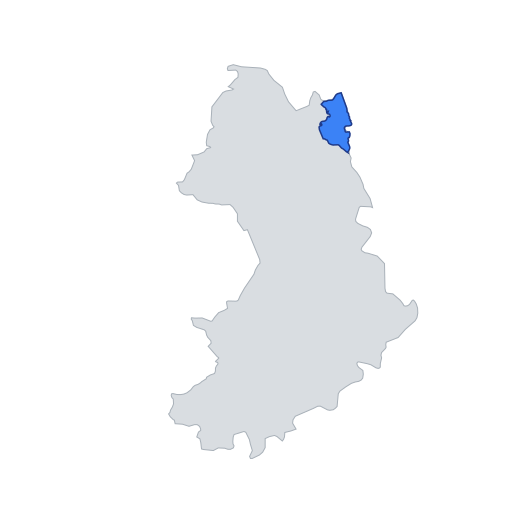 Guinea, with Koundara highlighted, rotated 68°
{"feature_id": "GIN-5646", "entity_name": "Koundara", "entity_type": "Prefecture", "adm_level": 1, "iso_a3": "GIN", "parent_name": "Guinea", "parent_adm1": "", "projection": "mercator", "projection_center": [-13.196, 12.344], "detail": "fine", "context": "in_parent", "style": "filled", "palette": "blue", "viewbox_px": 512, "rotation_deg": 68, "n_neighbors": 0, "source": "natural_earth", "source_scale": "10m", "svg_char_len": 5695}
<svg xmlns="http://www.w3.org/2000/svg" viewBox="0 0 512 512"><g transform="rotate(68 256 256)"><path d="M310.8,331.4L306.9,330.8L305.1,331.6L300.0,337.7L296.9,340.0L292.1,339.3L290.3,339.7L289.1,339.0L290.8,335.7L293.3,329.1L299.6,322.4L299.8,321.0L297.2,317.1L294.5,311.8L294.5,306.1L293.9,302.0L288.3,300.8L287.3,300.2L287.2,298.8L290.3,291.7L290.6,290.2L290.2,288.9L286.7,285.3L281.4,278.6L272.1,264.7L268.7,261.8L265.4,257.6L264.1,254.9L260.7,253.9L228.4,254.1L227.9,257.7L216.8,260.2L209.9,257.4L202.3,259.0L198.6,260.8L195.7,268.9L194.1,270.6L192.5,274.3L191.0,276.2L189.3,280.2L185.7,285.9L181.9,289.5L175.5,291.5L173.5,297.5L172.0,299.7L169.5,301.5L166.8,302.6L161.5,301.4L158.6,302.5L158.1,301.0L159.8,296.3L158.4,293.8L153.4,288.9L152.9,286.6L151.3,283.5L144.6,277.2L138.4,277.6L140.2,272.3L140.1,265.2L138.0,261.4L138.5,257.5L137.3,257.7L135.3,260.4L131.9,259.5L125.1,255.4L121.7,251.3L121.3,247.8L120.5,246.5L118.5,247.2L114.2,247.2L101.2,241.0L92.0,225.5L91.8,222.0L93.1,216.0L92.8,214.3L88.6,218.3L87.8,215.7L84.5,209.4L83.6,205.8L80.5,204.3L78.0,204.0L76.0,205.2L73.5,212.5L71.6,212.4L69.7,210.8L70.1,205.4L75.1,198.6L83.4,181.4L86.4,177.5L88.3,176.1L92.2,175.9L99.9,173.6L109.4,168.3L116.6,168.7L125.2,168.1L136.3,164.4L136.4,152.8L136.1,150.2L132.1,147.9L129.8,145.9L127.8,143.3L125.4,141.5L125.5,139.6L130.4,137.1L135.0,137.2L136.5,136.2L137.6,134.5L138.9,130.4L139.3,126.0L136.3,120.0L136.5,115.8L152.9,116.4L161.8,117.6L169.2,117.9L170.4,118.9L169.3,123.0L170.3,125.4L172.8,126.0L176.9,123.2L179.0,123.8L183.6,127.3L187.9,128.3L192.6,130.2L196.9,131.3L200.8,131.1L203.8,133.1L209.2,133.8L216.3,131.2L221.8,130.1L229.6,129.9L233.7,130.7L245.5,128.7L254.8,129.8L253.4,131.2L249.1,140.5L249.6,142.1L259.1,149.9L261.3,150.5L263.9,149.4L268.0,145.8L271.2,141.9L274.3,140.0L277.9,140.1L280.8,142.9L287.5,154.5L289.2,156.0L290.8,155.9L293.8,153.8L295.3,151.2L301.5,143.6L311.2,139.7L334.2,148.5L337.5,149.2L339.5,148.5L342.4,143.3L351.0,138.9L355.2,137.7L357.5,137.5L358.5,136.1L358.9,134.0L358.4,131.8L355.7,127.8L355.7,126.7L357.2,125.9L360.5,125.4L364.8,125.7L369.6,127.4L373.5,129.9L375.7,132.8L380.0,145.1L384.8,154.7L384.7,167.6L386.8,168.9L389.2,169.5L390.2,170.5L392.6,175.8L394.8,177.3L397.5,177.7L402.4,181.1L405.6,182.4L406.1,183.4L406.0,184.8L404.7,186.6L399.9,190.2L397.5,193.2L392.6,200.5L392.5,201.8L393.5,202.8L395.6,203.0L397.7,202.5L402.2,199.8L405.8,200.8L409.2,202.8L410.4,204.9L410.7,207.7L410.0,211.2L409.8,215.2L411.0,222.0L412.7,228.8L414.5,231.3L425.9,237.2L426.9,239.5L427.5,242.0L426.7,245.4L425.5,247.3L419.3,252.6L418.4,255.1L418.8,259.8L419.3,279.6L421.7,283.0L424.7,284.7L431.5,283.7L431.3,289.2L430.4,295.4L434.3,297.3L436.3,299.1L437.4,300.9L431.2,304.2L429.3,306.1L428.5,311.2L428.7,315.9L437.1,319.3L440.4,323.3L441.8,327.4L442.3,335.2L441.6,337.0L439.4,337.0L435.1,332.3L428.6,331.7L423.7,330.9L415.6,331.5L414.2,332.9L413.3,343.2L415.2,344.9L419.1,346.9L421.6,347.7L423.8,347.5L425.4,348.8L425.7,352.1L424.6,354.6L422.5,357.0L419.8,362.9L420.4,368.4L415.8,377.1L414.5,378.8L408.4,377.1L404.5,376.5L401.6,378.7L397.7,375.3L397.0,372.6L395.5,372.1L392.9,372.1L390.4,373.6L389.3,376.3L388.8,381.9L384.4,387.2L381.2,393.8L377.6,393.2L376.8,394.0L373.0,395.7L369.7,396.2L368.8,394.4L366.9,393.0L364.8,390.2L362.3,387.9L357.7,386.3L355.8,387.0L353.7,386.9L352.2,386.0L352.4,384.6L354.8,381.2L356.2,378.0L357.0,374.6L357.0,371.3L355.7,366.6L353.6,363.0L353.1,360.8L353.3,357.8L352.8,355.0L352.2,353.5L351.2,348.1L349.9,347.2L349.2,342.9L349.4,338.5L347.6,336.8L344.8,335.6L343.1,333.9L342.1,332.0L341.1,331.4L340.2,331.5L339.4,332.7L338.5,333.0L336.8,328.8L336.1,328.7L335.0,329.6L321.8,334.2L320.1,330.3L317.6,329.6L313.3,331.2L310.8,331.4Z" fill="#d9dde1" stroke="#a8b0b8" stroke-width="1"/><path d="M155.2,117.1L155.3,117.1L155.6,117.2L156.0,117.5L156.3,117.6L156.6,117.6L156.8,117.3L157.1,117.3L158.6,116.9L159.0,116.9L159.4,117.0L160.1,117.4L160.5,117.5L160.9,117.4L161.8,117.2L162.2,117.2L162.5,117.3L162.9,117.8L163.2,117.9L163.4,117.9L164.0,117.7L164.5,117.7L164.8,117.7L165.2,117.7L165.6,118.0L166.0,117.4L166.9,117.9L167.9,117.8L168.7,117.7L169.5,117.8L170.2,118.5L170.4,119.5L170.3,120.5L170.1,121.4L169.4,123.2L169.2,124.0L169.4,125.0L170.0,125.9L170.8,126.3L171.6,126.4L172.6,126.3L173.5,126.6L174.3,126.6L174.9,126.1L175.1,125.1L175.9,123.0L177.8,123.0L179.8,124.0L181.0,125.1L181.0,125.3L180.9,125.7L181.0,126.1L181.5,126.6L182.0,126.8L183.5,126.9L184.3,127.3L184.5,127.8L184.8,128.2L185.9,128.3L189.2,128.2L190.2,128.3L191.2,128.7L192.0,129.4L193.4,131.0L193.7,131.5L193.7,131.8L193.9,132.0L194.7,132.0L193.1,133.2L190.8,134.3L189.1,135.3L188.4,135.9L187.9,136.3L187.3,136.5L184.7,137.4L184.0,137.9L183.6,138.3L182.2,142.2L182.1,142.7L181.3,143.9L180.1,145.3L178.7,146.3L175.4,146.5L174.3,147.7L173.1,148.5L172.5,149.8L162.7,149.9L161.1,149.5L160.0,149.2L159.6,148.5L159.5,148.2L159.5,147.5L159.6,146.8L159.4,146.1L158.7,145.7L158.1,145.8L158.2,146.3L158.4,146.9L158.4,147.3L157.8,147.4L157.3,147.0L156.8,146.5L156.5,146.0L156.1,145.3L156.0,144.5L156.1,143.7L156.6,141.9L156.5,141.1L156.3,140.3L155.9,139.5L155.4,139.0L154.7,138.5L154.2,138.1L153.8,137.5L153.6,136.7L153.9,136.5L154.3,136.3L154.6,135.8L154.3,135.1L153.3,134.6L152.6,134.7L152.1,134.7L150.9,136.4L150.3,136.2L149.8,135.6L149.4,135.1L148.9,134.7L148.8,135.2L149.3,136.6L147.3,136.1L146.7,135.7L146.4,135.7L146.2,136.2L145.0,136.1L144.5,136.2L144.1,136.4L143.4,137.1L140.3,138.6L139.7,138.7L139.6,138.3L138.2,135.6L138.4,134.2L138.8,133.2L138.9,132.6L138.7,131.1L138.8,130.4L138.9,130.0L139.8,127.9L140.0,127.0L139.8,126.1L139.3,125.1L136.7,121.8L136.2,120.4L136.1,119.3L136.6,115.9L152.9,116.5L155.2,117.1Z" fill="#3b82f6" stroke="#1e3a8a" stroke-width="1.5"/></g></svg>